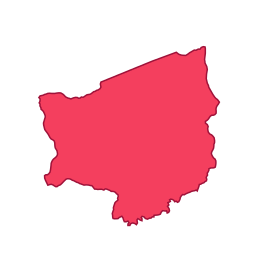 outline of Aparecida do Rio Negro, Tocantins, Brazil, rotated 12°
{"feature_id": "56859067B11960662849722", "entity_name": "Aparecida do Rio Negro", "entity_type": "district", "adm_level": 2, "iso_a3": "BRA", "parent_name": "Brazil", "parent_adm1": "Tocantins", "projection": "albers", "projection_center": [-48.002, -9.977], "detail": "fine", "context": "isolated", "style": "filled", "palette": "rose", "viewbox_px": 256, "rotation_deg": 12, "n_neighbors": 0, "source": "geoboundaries", "source_scale": "gbopen_adm2", "svg_char_len": 3947}
<svg xmlns="http://www.w3.org/2000/svg" viewBox="0 0 256 256"><g transform="rotate(12 128 128)"><path d="M212.0,83.7L209.6,81.6L207.8,80.8L206.4,79.8L204.0,77.5L200.6,73.7L198.5,71.3L197.8,69.6L196.3,67.8L194.3,63.5L193.6,58.9L193.4,54.3L192.3,51.6L189.8,48.4L189.3,46.7L188.7,45.3L188.5,43.5L188.1,38.8L187.1,34.1L186.5,32.7L184.7,32.8L182.9,34.0L182.0,36.0L180.3,36.2L178.4,37.8L176.6,38.0L174.1,40.3L172.7,41.5L171.8,42.6L170.9,43.6L169.4,45.0L166.3,45.5L164.8,45.6L162.3,45.3L159.5,43.9L138.1,57.4L92.0,88.7L91.8,90.7L93.0,93.6L92.5,95.3L91.0,96.9L89.3,97.8L88.4,98.9L86.9,99.6L84.9,102.0L83.9,102.9L81.0,104.0L79.6,105.4L77.8,107.3L75.9,107.4L74.9,108.7L73.5,109.2L72.2,108.7L70.4,108.9L68.3,109.9L66.1,111.4L64.4,111.2L63.0,111.2L60.4,110.5L58.8,109.3L57.2,108.4L55.0,107.7L53.1,108.0L51.2,108.6L49.2,109.4L46.5,110.0L44.1,110.3L42.2,110.9L41.0,111.8L39.3,112.6L38.3,113.5L35.3,114.9L34.5,116.8L35.8,117.6L36.2,118.9L36.3,120.4L35.9,121.9L37.0,122.9L37.3,124.7L38.6,126.3L39.1,127.8L40.9,128.7L42.1,129.8L43.3,131.4L44.5,133.3L44.8,134.7L44.6,136.7L44.5,138.4L44.3,140.7L44.9,142.7L45.6,144.1L46.2,145.4L47.0,146.9L48.3,148.1L49.7,149.3L51.1,150.6L52.2,151.8L53.4,153.3L55.0,154.7L56.8,155.2L58.5,156.0L59.4,157.7L59.8,159.1L60.3,160.9L61.0,162.6L62.2,163.9L63.2,164.9L63.9,166.5L64.5,168.1L64.4,169.7L63.7,171.2L62.6,172.7L61.6,173.9L60.9,175.3L60.5,176.7L60.2,178.4L60.5,180.6L60.7,182.6L60.9,185.0L60.9,187.4L60.0,189.3L58.9,190.5L57.4,190.8L56.3,191.9L56.9,194.3L58.1,196.2L61.5,200.6L63.2,199.6L64.7,199.0L66.5,199.3L68.0,199.9L69.4,200.4L70.8,200.1L71.9,198.8L73.7,197.6L75.0,195.7L75.9,194.2L76.9,192.6L78.1,190.9L79.4,190.2L81.4,189.9L82.9,190.1L84.4,190.7L86.0,190.8L87.5,191.3L89.4,191.8L90.8,191.8L92.1,192.4L93.6,192.5L94.9,192.7L96.8,193.0L99.0,192.3L101.3,192.0L103.2,192.1L104.6,191.9L106.3,193.2L108.0,194.7L109.7,194.4L111.2,194.4L112.8,193.9L115.0,193.4L117.3,193.7L118.4,192.3L119.9,192.2L121.4,192.5L123.5,192.9L124.7,193.5L126.1,193.2L127.6,193.1L129.1,193.6L130.4,194.7L131.9,195.2L132.7,196.9L132.4,198.9L133.2,200.3L132.4,201.6L131.5,202.6L130.8,203.8L130.6,205.5L130.4,207.3L130.3,209.2L130.9,210.7L130.6,212.8L130.4,215.0L131.1,216.6L131.5,218.2L132.2,219.6L133.7,219.6L135.3,219.2L137.1,218.7L137.9,217.5L139.0,216.6L140.3,215.6L141.8,217.0L142.7,218.7L143.9,220.4L145.5,220.2L147.3,219.1L148.7,220.5L147.9,221.9L148.2,223.3L150.1,222.9L150.6,221.0L152.0,220.0L153.4,219.9L154.8,220.1L156.3,220.8L157.0,218.9L156.3,217.2L155.9,215.9L156.5,214.6L157.8,215.0L159.2,215.6L160.9,215.8L160.6,213.9L159.5,212.8L160.1,211.5L162.1,211.6L163.8,212.9L166.0,213.1L167.8,211.7L169.2,211.4L170.3,209.8L171.8,209.6L171.6,208.0L172.8,207.6L174.6,207.1L176.3,206.4L177.6,205.5L178.0,203.4L179.0,201.7L180.4,201.5L181.7,201.5L183.0,201.0L184.0,203.0L185.3,202.1L185.8,200.4L185.0,198.5L184.0,197.4L182.9,196.3L184.0,194.8L182.5,192.7L183.6,192.0L184.7,191.0L183.6,189.5L184.6,188.7L186.5,188.7L188.0,189.3L188.9,190.4L190.3,189.6L191.9,190.4L193.0,189.5L193.4,188.1L193.7,186.6L193.6,185.2L194.3,183.2L195.3,181.7L196.8,181.7L198.3,180.3L200.1,179.0L201.8,178.0L203.4,176.7L204.9,176.0L206.4,175.4L207.6,174.5L208.8,175.2L209.0,173.7L209.3,171.8L209.5,169.9L209.5,168.4L210.9,167.8L212.0,166.7L213.6,165.8L214.5,164.4L215.7,163.4L215.7,161.7L214.8,160.4L215.0,159.0L215.6,157.7L214.9,155.6L215.5,154.3L215.9,152.5L215.6,151.1L217.2,149.9L218.8,149.5L220.3,149.1L221.5,148.1L221.5,146.7L221.4,144.9L221.1,143.2L220.7,141.8L219.6,140.3L218.1,139.6L216.9,138.5L215.6,137.0L214.8,135.5L214.9,133.7L215.5,131.8L215.9,129.9L215.7,127.7L215.4,126.2L215.7,124.4L215.4,122.6L214.9,121.2L214.3,119.7L213.0,118.5L211.3,117.4L209.1,116.8L207.4,115.3L206.6,113.6L206.0,111.7L206.1,109.9L204.8,108.1L202.8,107.2L202.4,105.4L203.8,104.0L204.9,102.3L205.4,100.8L206.1,99.3L207.3,98.1L209.0,97.7L210.2,96.8L211.1,95.2L210.7,93.1L210.1,91.1L210.1,89.4L210.6,87.5L211.4,85.8L212.0,83.7Z" fill="#f43f5e" stroke="#9f1239" stroke-width="1.5"/></g></svg>